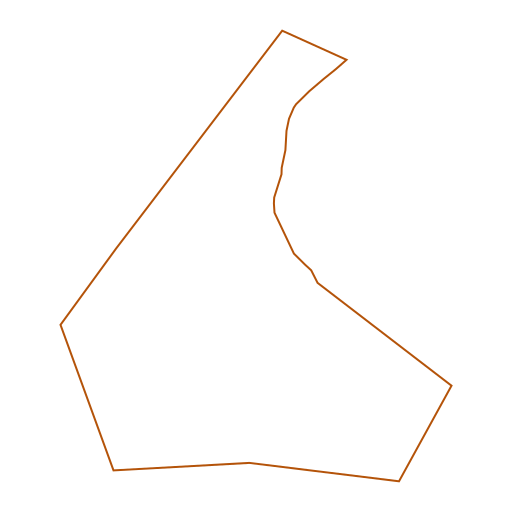 the district of Erdenebulgan, Arhangay, Mongolia
{"feature_id": "93677404B46470302769704", "entity_name": "Erdenebulgan", "entity_type": "district", "adm_level": 2, "iso_a3": "MNG", "parent_name": "Mongolia", "parent_adm1": "Arhangay", "projection": "albers", "projection_center": [101.475, 47.502], "detail": "fine", "context": "isolated", "style": "outline", "palette": "amber", "viewbox_px": 512, "rotation_deg": 0, "n_neighbors": 0, "source": "geoboundaries", "source_scale": "gbopen_adm2", "svg_char_len": 444}
<svg xmlns="http://www.w3.org/2000/svg" viewBox="0 0 512 512"><path d="M282.2,30.7L116.2,248.4L60.5,324.8L113.5,470.4L249.3,462.9L399.0,481.3L451.5,385.7L317.6,282.9L311.2,270.3L305.0,264.6L293.9,253.6L280.2,224.7L274.5,212.7L273.9,203.4L274.2,197.5L281.5,174.3L281.7,167.8L285.4,150.2L286.5,130.8L289.0,118.8L293.8,107.6L296.1,104.2L309.4,91.1L323.6,79.0L336.0,69.0L346.5,59.8L282.2,30.7Z" fill="none" stroke="#b45309" stroke-width="2"/></svg>